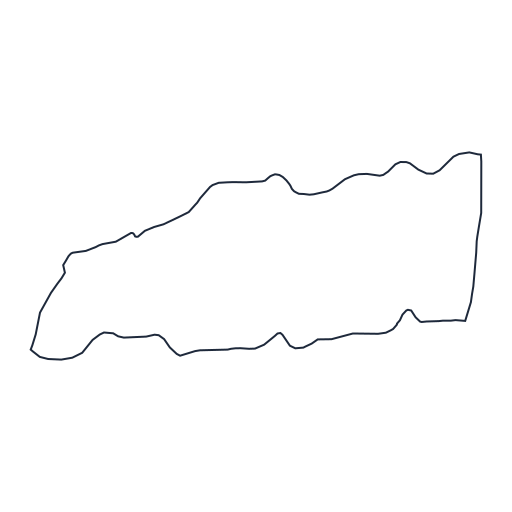 Cunén, Quiché, Guatemala (Equal Earth projection)
{"feature_id": "79465075B6309522429005", "entity_name": "Cunén", "entity_type": "district", "adm_level": 2, "iso_a3": "GTM", "parent_name": "Guatemala", "parent_adm1": "Quiché", "projection": "equal_earth", "projection_center": [-91.026, 15.371], "detail": "fine", "context": "isolated", "style": "outline", "palette": "slate", "viewbox_px": 512, "rotation_deg": 0, "n_neighbors": 0, "source": "geoboundaries", "source_scale": "gbopen_adm2", "svg_char_len": 2009}
<svg xmlns="http://www.w3.org/2000/svg" viewBox="0 0 512 512"><path d="M30.7,349.6L32.8,351.4L39.8,356.9L48.1,359.0L61.3,359.6L72.3,357.7L82.2,352.8L92.6,339.9L99.8,334.5L104.0,332.5L113.2,333.3L118.1,336.3L123.8,337.6L146.2,336.6L154.6,334.7L158.7,335.2L164.1,339.1L169.8,347.4L176.7,353.9L180.1,355.7L195.1,351.1L200.0,350.3L227.7,349.6L231.0,348.8L235.4,348.3L240.5,348.2L249.0,348.8L255.0,348.6L264.1,344.7L267.8,341.7L274.9,335.9L277.5,333.5L280.4,333.0L282.5,334.8L289.9,345.7L295.3,348.3L303.4,347.6L305.3,346.6L311.7,343.6L317.7,339.4L331.5,339.2L352.9,333.5L378.1,333.8L385.9,332.7L390.8,330.3L393.1,329.0L396.9,324.6L397.0,323.6L399.9,320.3L402.5,314.6L406.3,310.5L407.9,309.8L411.2,310.5L415.6,317.3L420.1,321.6L421.7,322.0L426.5,321.5L438.9,321.1L442.6,320.7L450.6,320.7L455.5,320.1L465.2,320.9L469.1,308.1L470.9,302.2L472.1,293.6L473.3,286.6L474.4,274.1L476.2,252.8L476.7,241.2L477.3,236.6L479.0,226.1L481.2,213.0L481.3,161.5L480.9,154.6L477.8,154.3L469.3,152.4L459.0,154.0L453.4,156.7L439.6,170.3L433.2,173.7L426.6,173.5L418.3,169.6L409.9,163.3L406.4,162.1L400.4,162.0L395.4,164.3L388.1,171.6L386.3,172.8L383.3,174.9L379.7,175.7L366.9,173.9L358.7,174.2L353.9,175.3L345.0,179.2L344.2,179.8L332.5,188.7L329.3,190.5L326.7,191.5L322.2,192.4L313.7,194.3L309.5,194.7L303.8,194.0L298.9,193.8L295.7,192.2L294.0,191.2L291.9,188.9L290.4,185.7L289.2,183.9L286.4,180.4L282.8,177.0L279.4,175.0L276.7,174.5L275.0,174.3L272.3,175.3L270.3,176.2L267.9,178.2L265.2,180.6L262.1,181.4L245.8,182.3L233.3,182.1L227.4,182.3L218.7,182.8L212.5,185.1L211.5,185.9L210.1,186.9L200.2,198.2L197.2,202.7L195.4,204.6L188.7,212.1L180.1,216.4L163.5,224.3L154.1,227.0L144.9,230.8L137.9,236.7L136.4,236.8L135.1,236.4L134.2,234.5L133.1,233.3L132.1,233.0L131.0,233.0L115.8,241.7L102.5,244.1L98.9,245.4L95.9,247.0L85.9,250.9L72.8,252.7L71.2,253.4L70.0,254.5L68.5,256.2L65.9,260.7L63.2,265.1L64.9,272.7L61.5,278.3L57.4,283.7L51.0,292.8L40.0,312.6L35.7,334.4L32.3,345.4L30.7,349.6Z" fill="none" stroke="#1e293b" stroke-width="2"/></svg>